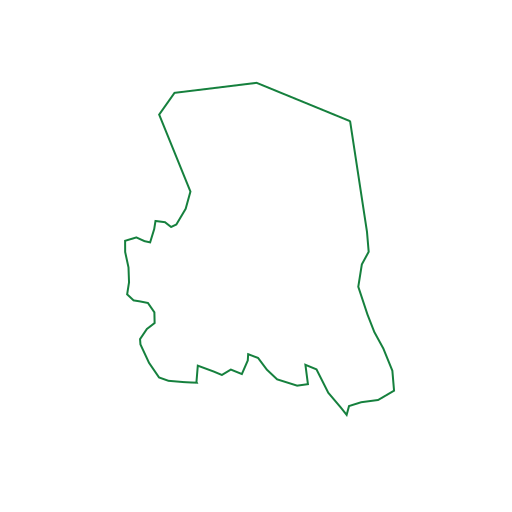 Mariestad, Västra Götaland, Sweden, rotated 65°
{"feature_id": "70781695B85574102169861", "entity_name": "Mariestad", "entity_type": "district", "adm_level": 2, "iso_a3": "SWE", "parent_name": "Sweden", "parent_adm1": "Västra Götaland", "projection": "robinson", "projection_center": [13.853, 58.786], "detail": "fine", "context": "isolated", "style": "outline", "palette": "green", "viewbox_px": 512, "rotation_deg": 65, "n_neighbors": 0, "source": "geoboundaries", "source_scale": "gbopen_adm2", "svg_char_len": 953}
<svg xmlns="http://www.w3.org/2000/svg" viewBox="0 0 512 512"><g transform="rotate(65 256 256)"><path d="M86.9,284.0L169.9,288.2L183.5,299.8L193.8,314.9L193.8,320.7L186.9,324.2L181.8,332.3L188.6,336.9L198.9,346.2L195.4,350.8L188.6,356.6L186.9,368.2L197.1,372.9L212.5,376.4L226.2,382.2L236.3,389.0L244.5,385.7L248.0,380.5L252.9,373.8L264.1,371.9L273.9,376.2L276.0,385.7L282.3,396.2L287.3,398.1L307.6,398.1L325.1,395.2L332.1,388.1L339.8,374.7L343.3,368.1L345.8,363.2L345.0,363.2L330.8,355.1L342.8,343.2L349.4,337.2L348.3,326.8L357.0,318.7L347.2,307.6L341.7,304.6L349.3,297.2L363.6,294.2L376.7,289.0L390.9,273.5L394.1,263.1L375.5,257.2L384.3,249.1L410.5,248.3L429.1,243.2L438.3,241.0L431.3,235.1L433.0,222.4L438.1,206.2L436.4,187.8L417.6,180.9L393.7,179.7L374.9,180.9L356.1,179.7L327.1,176.3L308.3,163.6L299.8,152.1L281.0,145.2L174.1,113.9L173.4,114.0L173.1,114.2L99.3,182.3L73.7,260.9L86.9,284.0Z" fill="none" stroke="#15803d" stroke-width="2"/></g></svg>